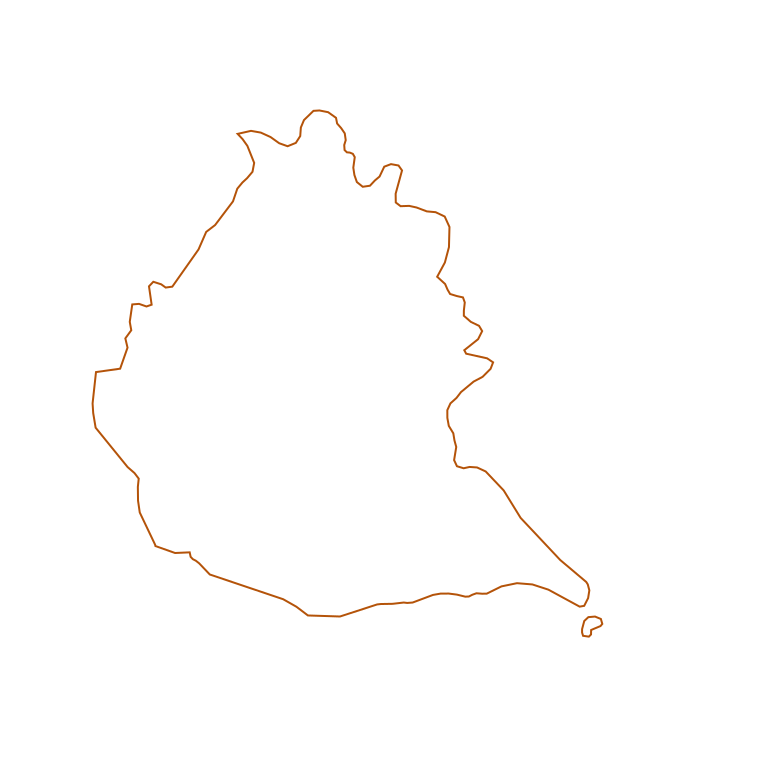 Ta`izz, Natural Earth projection, rotated 287°
{"feature_id": "YEM-158", "entity_name": "Ta`izz", "entity_type": "Governorate", "adm_level": 1, "iso_a3": "YEM", "parent_name": "Yemen", "parent_adm1": "", "projection": "natural_earth1", "projection_center": [43.878, 13.272], "detail": "fine", "context": "isolated", "style": "outline", "palette": "amber", "viewbox_px": 768, "rotation_deg": 287, "n_neighbors": 0, "source": "natural_earth", "source_scale": "10m", "svg_char_len": 2255}
<svg xmlns="http://www.w3.org/2000/svg" viewBox="0 0 768 768"><g transform="rotate(287 384 384)"><path d="M253.8,635.3L251.9,637.5L246.7,640.7L238.9,641.8L230.4,640.3L228.3,636.2L235.4,601.3L235.7,584.5L232.4,569.4L224.8,555.5L213.5,543.5L212.1,539.0L210.9,533.6L208.3,530.1L205.6,527.3L204.4,523.9L203.9,515.3L202.5,507.1L200.1,499.4L196.6,492.5L183.4,475.3L181.4,470.2L180.8,466.8L176.3,456.5L172.7,445.4L171.2,441.9L148.8,409.9L140.4,378.9L145.4,365.3L148.7,350.5L150.9,273.1L158.5,259.6L160.0,255.7L160.6,252.4L162.2,249.6L166.2,247.4L161.3,233.6L162.2,212.8L163.4,212.1L189.7,188.0L200.5,182.9L213.6,178.7L221.8,177.1L225.9,171.4L229.6,163.1L257.9,121.0L271.2,114.4L280.2,111.0L311.2,105.1L321.5,127.2L343.8,128.1L352.0,123.3L361.5,126.6L369.1,122.7L386.5,120.0L389.0,126.3L388.7,134.2L391.9,138.6L408.7,130.7L414.3,133.5L414.2,141.8L412.4,147.0L415.2,153.1L458.5,167.3L477.5,169.5L486.6,176.0L514.5,186.2L527.9,186.6L535.3,189.7L540.8,192.9L548.5,196.2L557.5,195.2L571.8,183.7L576.8,177.2L580.4,170.9L587.2,182.8L588.4,192.7L587.0,203.3L583.6,213.4L583.2,222.3L588.8,229.2L596.6,231.4L605.0,229.5L613.0,230.3L624.6,236.7L626.7,242.3L627.6,251.1L624.5,260.3L619.4,263.0L616.2,268.2L612.2,273.2L606.0,276.1L600.9,276.1L596.2,277.9L594.7,280.8L595.3,283.6L595.0,286.9L592.4,289.7L581.9,291.4L575.2,294.6L569.2,299.0L566.4,306.0L569.5,312.6L576.0,315.8L581.1,319.1L591.9,320.7L596.3,326.4L597.2,334.0L593.5,338.8L569.4,339.5L561.0,342.2L558.9,347.9L561.7,356.0L562.3,363.5L561.6,374.5L563.4,383.1L561.9,393.1L553.3,400.7L533.9,406.1L518.0,406.7L502.1,403.5L497.5,413.2L492.8,417.2L489.4,420.9L489.4,428.0L489.9,434.2L485.6,437.4L477.6,438.9L472.6,440.4L468.8,448.9L467.4,457.9L463.3,462.4L454.4,460.9L439.8,450.9L437.0,453.7L438.7,475.1L436.6,482.0L429.7,481.5L419.7,476.2L412.5,469.0L398.8,460.0L391.9,457.4L384.9,453.2L377.5,452.2L370.1,454.5L362.9,458.2L357.1,464.7L350.6,467.9L344.9,471.5L331.7,473.3L326.7,477.8L326.7,484.8L329.7,490.1L331.4,497.4L330.1,506.8L317.2,529.6L295.9,553.8L267.2,604.0L253.8,635.3ZM215.9,644.8L220.8,647.6L221.4,649.1L223.3,653.8L222.7,660.1L218.4,662.9L215.8,661.8L211.5,656.6L209.3,654.0L205.0,655.2L202.3,653.8L201.4,648.0L204.2,646.1L207.5,645.1L215.9,644.8Z" fill="none" stroke="#b45309" stroke-width="2"/></g></svg>